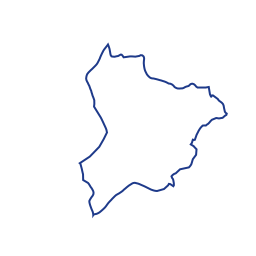 Mustaba, Hajjah, Yemen (Mercator projection), rotated 315°
{"feature_id": "15242507B50063200488288", "entity_name": "Mustaba", "entity_type": "district", "adm_level": 2, "iso_a3": "YEM", "parent_name": "Yemen", "parent_adm1": "Hajjah", "projection": "mercator", "projection_center": [43.275, 16.274], "detail": "fine", "context": "isolated", "style": "outline", "palette": "blue", "viewbox_px": 256, "rotation_deg": 315, "n_neighbors": 0, "source": "geoboundaries", "source_scale": "gbopen_adm2", "svg_char_len": 3773}
<svg xmlns="http://www.w3.org/2000/svg" viewBox="0 0 256 256"><g transform="rotate(315 128 128)"><path d="M137.9,61.0L137.5,61.0L136.0,61.6L134.7,62.4L133.4,63.4L132.5,64.7L131.9,66.2L131.5,67.7L130.9,69.2L130.4,70.9L129.6,72.5L128.8,74.2L128.3,75.6L127.5,76.9L126.7,78.5L125.8,80.1L125.2,81.6L124.5,83.1L123.8,84.5L121.2,87.2L119.3,88.7L119.1,88.9L116.2,101.2L115.7,102.8L115.1,104.5L114.5,106.2L113.9,107.8L113.2,109.7L112.7,111.1L112.0,112.9L111.3,114.3L110.4,115.6L110.0,116.3L102.9,118.7L94.4,121.0L80.8,121.2L79.8,121.0L69.0,118.8L69.0,119.8L68.1,121.3L67.3,122.7L66.2,124.6L65.2,126.1L65.1,126.3L64.2,127.7L63.5,128.9L59.5,133.1L60.9,138.6L60.7,140.2L60.3,141.8L60.1,142.6L59.9,143.3L59.7,144.9L59.3,146.4L58.7,148.2L57.8,149.5L56.6,150.4L55.1,150.9L53.5,151.1L52.0,151.4L50.4,151.8L49.0,152.3L48.0,153.5L47.2,154.8L46.4,156.3L45.7,157.8L45.0,159.3L44.4,160.8L43.8,162.3L43.0,163.6L42.1,164.8L41.9,165.0L42.4,164.9L43.8,165.6L45.1,166.5L46.7,167.1L48.2,167.5L50.2,167.7L51.8,167.8L53.7,167.9L53.9,167.9L55.6,167.9L57.4,167.7L59.1,167.4L61.2,167.1L63.3,167.0L65.2,167.0L66.8,166.9L68.7,166.9L70.4,166.9L72.1,167.0L73.7,167.4L75.4,167.9L76.9,168.2L78.4,168.5L80.1,168.7L81.6,168.7L83.4,168.9L85.0,169.0L86.8,169.2L88.3,169.4L89.9,169.8L91.4,170.1L92.8,170.6L94.1,171.6L95.0,173.1L95.8,174.4L96.4,175.7L97.0,177.3L97.6,178.8L98.2,180.3L98.7,181.7L99.2,183.2L99.7,184.7L100.2,186.2L100.7,187.7L101.4,189.2L102.2,190.7L103.0,191.9L104.0,193.1L106.5,194.5L110.3,196.6L115.9,196.9L117.4,196.4L118.2,197.5L118.9,201.2L120.0,200.9L121.4,199.4L122.8,197.4L123.6,196.1L123.9,194.4L124.6,192.9L126.4,192.8L128.2,193.1L129.7,193.8L135.6,194.0L143.2,198.9L143.7,198.9L144.1,198.9L145.2,198.8L146.9,198.5L148.7,197.6L150.3,196.7L151.8,195.9L157.2,195.1L161.4,191.5L161.5,187.8L161.6,187.4L160.8,184.0L162.7,183.7L164.1,182.9L165.0,182.4L165.6,182.1L165.8,182.5L165.8,182.9L167.0,183.6L168.4,182.9L169.9,182.2L171.5,181.4L172.1,181.2L173.0,180.9L174.6,180.4L175.7,180.0L176.1,179.9L177.7,179.5L179.3,179.2L181.0,179.1L182.5,179.1L183.7,180.1L184.8,181.3L186.3,181.4L187.6,181.7L189.2,181.7L191.2,181.5L193.1,181.5L197.4,183.3L197.9,183.9L199.1,185.6L200.0,186.2L202.1,187.7L203.7,187.8L205.2,187.9L206.8,188.3L208.0,187.6L207.8,186.6L208.0,185.0L208.9,183.6L209.7,182.3L210.6,181.0L211.5,179.7L212.1,178.2L212.2,176.6L212.0,175.0L211.8,173.8L211.7,173.3L211.8,171.8L211.9,171.1L212.0,171.0L211.3,166.2L211.1,165.0L210.5,164.4L210.1,164.2L209.8,164.4L209.4,164.7L209.0,164.7L208.9,164.5L209.8,162.1L214.1,156.1L212.8,155.2L211.4,154.2L210.3,153.1L209.2,152.0L208.0,150.8L206.9,149.7L205.8,148.6L205.5,147.0L205.7,145.2L205.5,143.4L204.7,142.0L203.2,141.2L202.9,141.2L201.6,141.2L200.5,141.1L199.8,140.7L198.6,140.0L197.5,139.5L196.3,139.2L194.7,138.6L193.6,137.6L192.3,136.5L191.1,135.2L190.9,134.9L190.4,133.8L189.9,132.1L190.1,130.1L189.9,128.3L189.3,126.7L188.2,125.3L187.8,123.9L187.3,122.4L186.7,121.0L185.8,119.3L185.1,117.9L184.2,116.4L183.5,115.1L182.7,113.7L181.9,112.4L181.1,111.1L180.0,109.8L179.3,108.4L179.1,106.7L179.1,105.1L179.3,103.4L179.8,101.9L180.4,100.1L181.1,98.6L181.9,97.3L182.8,96.0L183.9,94.6L184.0,94.5L185.0,93.3L186.1,92.3L187.4,91.2L187.6,91.1L188.8,90.0L189.6,88.5L189.5,86.8L188.5,85.5L186.9,85.0L183.6,82.7L181.9,80.7L180.2,78.9L176.7,76.3L174.9,74.9L175.3,73.0L175.3,71.6L174.7,70.9L171.9,70.1L170.5,69.1L169.0,68.2L167.9,67.0L167.2,66.0L167.0,65.7L167.3,64.2L168.1,62.9L169.0,61.7L169.9,60.4L170.8,59.1L171.5,57.8L172.3,56.2L172.9,54.8L171.7,55.0L170.0,55.2L168.4,55.4L166.8,55.6L165.3,55.9L163.9,56.4L163.7,56.4L162.0,57.0L160.3,57.6L158.5,58.3L157.0,59.0L155.5,59.5L154.0,60.0L152.4,60.5L150.9,60.8L149.2,60.9L147.7,60.9L146.1,60.9L144.5,60.9L142.7,60.8L140.8,60.8L139.2,60.8L137.9,61.0Z" fill="none" stroke="#1e3a8a" stroke-width="2"/></g></svg>